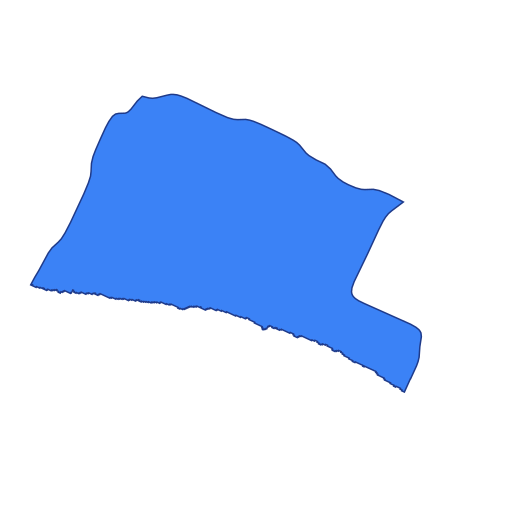 outline of Guayacanes, San Pedro de Macorís, Dominican Republic, rotated 25°
{"feature_id": "3306468B17793693444976", "entity_name": "Guayacanes", "entity_type": "district", "adm_level": 2, "iso_a3": "DOM", "parent_name": "Dominican Republic", "parent_adm1": "San Pedro de Macorís", "projection": "robinson", "projection_center": [-69.45, 18.445], "detail": "fine", "context": "isolated", "style": "filled", "palette": "blue", "viewbox_px": 512, "rotation_deg": 25, "n_neighbors": 0, "source": "geoboundaries", "source_scale": "gbopen_adm2", "svg_char_len": 4862}
<svg xmlns="http://www.w3.org/2000/svg" viewBox="0 0 512 512"><g transform="rotate(25 256 256)"><path d="M85.4,159.3L82.9,165.8L80.6,175.9L79.2,179.4L78.2,180.8L77.0,181.9L71.4,184.7L68.7,186.7L66.9,190.1L65.8,196.3L65.4,203.3L65.5,215.4L65.8,227.5L66.3,234.7L67.7,241.5L70.9,249.4L72.3,253.6L73.2,260.5L73.7,272.4L73.7,303.9L73.2,315.8L72.3,322.7L71.0,326.9L67.7,334.8L66.5,341.0L65.3,361.0L64.5,368.7L64.0,377.4L65.0,377.4L65.0,376.5L65.7,376.5L65.7,377.4L66.8,377.4L70.0,377.4L70.0,376.9L70.0,376.5L73.0,376.5L73.6,376.5L73.6,375.7L76.4,375.7L76.4,374.9L77.9,374.9L77.9,375.7L79.4,375.7L80.7,375.7L80.7,374.9L81.4,374.9L81.4,374.1L85.0,374.1L85.0,373.3L86.4,373.3L86.4,372.4L87.9,372.4L87.9,371.6L89.3,371.6L89.3,370.8L90.0,370.8L90.0,371.6L92.1,371.6L92.1,372.4L94.3,372.4L94.3,370.8L95.7,370.8L95.7,370.0L96.4,370.0L96.4,369.1L97.1,369.1L97.1,368.3L103.6,368.3L103.6,367.5L104.3,367.5L104.3,364.2L105.0,364.2L105.0,365.0L106.4,365.0L106.4,365.8L108.6,365.8L108.6,365.0L111.4,365.0L111.4,364.2L112.2,364.2L112.2,363.4L112.9,363.4L112.9,362.6L117.9,362.6L117.9,361.7L118.6,361.7L118.6,360.9L120.0,360.9L120.0,360.1L123.6,360.1L123.6,359.3L124.3,359.1L124.3,358.5L125.7,358.5L125.7,357.6L126.4,357.6L126.4,358.5L129.3,358.5L129.3,357.6L130.0,357.6L130.0,356.8L130.7,356.8L130.7,356.0L137.0,356.0L141.4,356.0L141.4,355.2L142.9,355.2L142.9,354.4L147.2,354.4L147.2,353.5L149.3,353.5L149.3,352.7L150.7,352.7L150.7,351.9L152.9,351.9L152.9,351.5L152.9,351.1L154.3,351.1L154.3,350.3L159.3,350.3L159.3,349.4L160.0,349.4L160.0,348.6L162.1,348.6L162.1,347.8L165.7,347.8L165.7,347.0L166.4,347.0L166.4,346.2L167.9,346.2L167.9,345.3L169.3,345.3L169.3,346.2L171.4,346.2L171.4,345.3L173.6,345.3L173.6,344.5L175.7,344.5L175.7,343.7L177.9,343.7L177.9,342.9L180.7,342.9L180.7,342.0L182.2,342.0L182.2,341.2L183.6,341.2L183.6,340.4L185.7,340.4L185.7,339.6L188.6,339.6L188.6,338.7L189.3,338.7L189.3,337.9L195.0,337.9L195.0,337.1L197.9,337.1L197.9,336.3L199.3,336.3L199.3,335.5L207.2,335.5L207.2,336.3L209.3,336.3L209.3,335.5L212.2,335.5L212.2,334.6L213.6,334.6L213.6,333.8L214.3,333.8L214.3,333.0L215.0,333.0L215.0,332.2L215.7,332.2L215.7,331.4L216.4,331.4L216.4,330.5L217.2,330.5L217.2,329.7L218.6,329.7L218.6,328.9L220.7,328.9L220.7,328.1L222.1,328.1L222.1,327.3L223.6,327.3L223.6,326.4L227.2,326.4L227.2,325.6L227.9,325.6L227.9,326.4L232.9,326.4L232.9,325.6L233.6,325.6L233.6,324.8L234.3,324.8L234.3,324.0L235.7,324.0L235.7,323.1L236.5,323.1L236.5,322.3L242.9,322.3L242.9,321.5L243.6,321.5L243.6,320.7L247.9,320.7L247.9,319.9L252.9,319.9L252.9,319.0L262.9,319.0L262.9,318.2L267.9,318.2L267.9,317.4L272.9,317.4L272.9,316.6L273.6,316.6L273.6,315.8L276.5,315.8L276.5,316.6L282.9,316.6L282.9,317.4L291.4,317.4L291.4,318.2L292.2,318.2L292.2,319.0L292.9,319.0L292.9,319.9L293.6,319.9L293.6,319.0L295.0,319.0L295.0,318.2L295.7,318.2L295.7,317.4L296.5,317.4L296.5,314.9L297.2,314.9L297.2,314.1L297.9,314.1L297.9,313.3L300.7,313.3L300.7,314.1L302.9,314.1L302.9,313.3L304.3,313.3L304.3,312.5L305.7,312.5L305.7,313.3L308.6,313.3L308.6,312.5L310.0,312.5L310.0,311.7L319.3,311.7L319.3,310.8L322.9,310.8L322.9,311.7L324.3,311.7L324.3,312.5L327.9,312.5L327.9,311.7L328.6,311.7L328.6,310.8L329.3,310.8L329.3,310.0L330.7,310.0L330.7,309.2L342.2,309.2L342.2,308.4L345.0,308.4L345.0,307.5L347.9,307.5L347.9,308.4L350.0,308.4L350.0,309.2L352.2,309.2L352.2,308.4L353.6,308.4L353.6,307.5L356.5,307.5L356.5,306.7L358.6,306.7L358.6,307.5L364.3,307.5L364.3,308.4L365.0,308.4L365.0,309.2L367.9,309.2L367.9,308.4L369.3,308.4L369.3,307.5L370.8,307.5L370.8,306.7L373.6,306.7L373.6,307.5L375.7,307.5L375.7,308.4L377.9,308.4L377.9,309.2L383.6,309.2L383.6,310.0L387.9,310.0L387.9,310.8L390.7,310.8L390.7,310.0L399.3,310.0L399.3,310.5L399.3,310.8L400.8,310.8L400.8,310.4L400.8,310.0L404.7,310.0L413.6,310.0L413.6,310.3L413.6,310.8L415.0,310.8L415.0,311.7L416.5,311.7L416.5,312.5L423.6,312.5L423.6,313.3L425.0,313.3L425.0,314.1L431.5,314.1L431.5,314.9L435.8,314.9L435.8,315.8L437.9,315.8L437.9,314.9L442.9,314.9L442.9,315.8L445.0,315.8L445.0,316.6L448.0,316.6L447.8,301.9L448.0,301.9L447.9,287.7L447.5,283.2L446.6,278.8L442.8,268.9L440.0,259.3L438.0,256.0L436.4,254.8L434.7,253.9L431.0,253.0L424.9,252.5L374.1,253.3L367.9,253.2L364.0,252.6L362.2,252.0L360.4,251.1L358.9,249.8L357.7,248.1L356.4,244.3L355.8,237.8L356.2,206.8L356.1,180.2L356.4,170.7L357.0,166.0L358.1,161.6L359.9,157.6L366.7,144.8L350.5,144.0L340.0,144.6L334.1,146.0L326.6,149.8L323.2,151.1L317.5,152.1L309.5,152.4L303.5,152.1L297.7,151.0L294.3,149.7L286.8,145.7L279.9,143.6L269.6,143.5L261.5,142.6L257.7,141.5L248.6,137.1L244.8,135.9L240.7,135.3L232.5,134.8L217.7,134.6L205.0,134.6L196.8,135.0L192.7,135.6L188.9,136.6L181.7,140.2L177.9,141.6L171.8,142.6L159.1,142.9L126.8,142.3L120.5,142.7L116.4,143.3L112.5,144.6L110.6,145.5L107.2,148.0L99.1,154.6L95.6,156.8L92.2,158.0L85.4,159.3Z" fill="#3b82f6" stroke="#1e3a8a" stroke-width="1.5"/></g></svg>